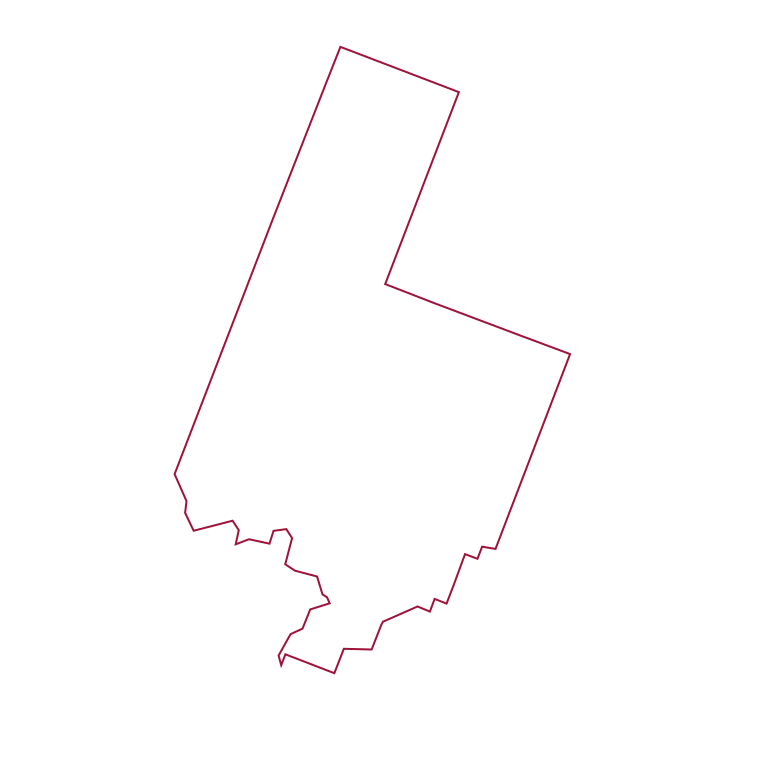 the district of Yamhill, Oregon, United States of America, rotated 111°
{"feature_id": "52423323B33159762923031", "entity_name": "Yamhill", "entity_type": "district", "adm_level": 2, "iso_a3": "USA", "parent_name": "United States of America", "parent_adm1": "Oregon", "projection": "mercator", "projection_center": [-123.102, 45.254], "detail": "fine", "context": "isolated", "style": "outline", "palette": "rose", "viewbox_px": 768, "rotation_deg": 111, "n_neighbors": 0, "source": "geoboundaries", "source_scale": "gbopen_adm2", "svg_char_len": 752}
<svg xmlns="http://www.w3.org/2000/svg" viewBox="0 0 768 768"><g transform="rotate(111 384 384)"><path d="M683.3,379.2L671.7,379.2L671.8,326.7L645.6,326.6L636.3,300.4L609.6,300.2L606.3,299.8L579.7,273.0L580.0,259.6L566.5,259.7L566.6,246.9L546.9,246.9L513.8,247.4L513.7,234.1L500.7,234.1L498.0,220.8L497.4,220.8L289.4,221.0L289.9,274.6L290.5,365.7L290.3,418.7L84.7,418.7L84.9,545.5L123.2,545.9L269.9,546.9L270.5,546.9L543.2,547.2L564.1,526.4L575.6,523.5L589.2,509.1L565.9,476.4L572.5,467.2L586.8,465.0L577.3,454.4L574.1,433.7L560.7,434.5L554.5,423.2L560.8,414.6L587.7,411.6L590.2,400.2L587.7,377.5L602.5,366.0L603.5,360.8L608.2,356.1L620.9,372.1L641.6,372.4L651.0,381.6L675.3,385.1L683.3,379.2Z" fill="none" stroke="#9f1239" stroke-width="2"/></g></svg>